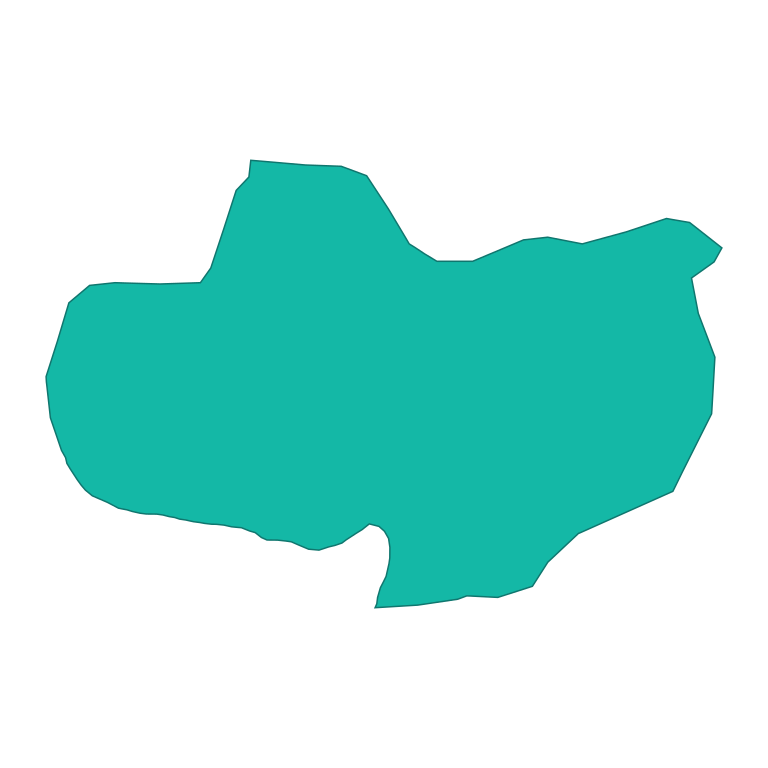 outline of Umu-Nneochi, Abia, Nigeria
{"feature_id": "59680162B46179290363212", "entity_name": "Umu-Nneochi", "entity_type": "district", "adm_level": 2, "iso_a3": "NGA", "parent_name": "Nigeria", "parent_adm1": "Abia", "projection": "natural_earth1", "projection_center": [7.375, 5.963], "detail": "fine", "context": "isolated", "style": "filled", "palette": "teal", "viewbox_px": 768, "rotation_deg": 0, "n_neighbors": 0, "source": "geoboundaries", "source_scale": "gbopen_adm2", "svg_char_len": 1746}
<svg xmlns="http://www.w3.org/2000/svg" viewBox="0 0 768 768"><path d="M250.8,160.3L248.9,177.0L236.2,190.4L223.6,229.4L210.8,268.0L200.4,282.7L197.5,282.8L160.0,284.0L138.4,283.4L124.5,283.0L115.0,282.7L89.6,285.4L68.9,302.8L57.3,341.6L46.1,376.6L46.4,382.0L46.8,385.2L50.4,417.8L55.9,433.9L60.0,446.0L61.5,450.4L65.6,457.7L66.9,463.4L70.3,469.0L77.2,479.6L81.3,485.3L85.4,490.1L92.3,495.8L99.9,499.1L107.5,502.4L112.3,504.9L118.5,508.2L118.8,508.2L121.5,508.8L126.9,509.8L132.4,511.5L140.0,513.2L146.3,514.0L156.7,514.1L163.0,515.0L169.2,516.6L174.7,517.5L179.6,519.1L185.8,520.0L190.7,521.1L193.5,521.7L199.7,522.5L204.6,523.4L211.5,524.2L216.4,524.3L224.0,525.1L231.6,526.8L237.7,527.4L241.4,527.7L249.7,531.0L255.2,532.6L261.4,537.5L267.0,540.0L277.4,540.1L285.7,541.0L291.3,541.8L298.9,545.1L308.6,549.2L319.0,550.1L323.9,548.5L328.7,546.9L335.0,545.4L342.0,543.0L346.2,539.8L351.1,536.6L356.0,533.4L362.3,529.5L364.0,528.1L369.3,523.9L379.0,526.4L384.5,531.3L388.6,538.5L389.9,547.4L389.8,557.9L389.0,563.6L386.1,576.4L383.3,582.1L380.4,587.7L377.6,597.4L376.8,603.8L375.1,607.7L417.8,605.1L457.8,599.2L466.7,595.9L470.3,596.0L497.8,597.4L532.4,586.3L547.8,562.2L578.7,533.2L579.2,533.2L672.9,491.3L682.6,471.5L711.6,413.8L711.8,410.8L711.9,409.9L711.9,409.2L712.9,392.3L714.0,372.9L714.1,370.8L714.4,365.9L714.9,357.2L707.2,336.8L698.3,313.4L691.5,278.0L714.1,261.9L721.9,247.9L689.6,222.5L672.1,219.5L666.5,218.5L626.2,231.9L582.3,243.9L547.7,237.2L523.5,239.9L518.5,242.0L511.9,244.8L473.6,260.9L472.7,261.3L436.9,261.3L432.6,258.7L424.3,253.7L414.7,247.3L409.2,243.9L405.4,237.4L388.5,209.1L380.7,197.2L366.6,175.7L361.7,173.9L341.2,166.3L305.4,165.0L266.2,161.6L250.8,160.3Z" fill="#14b8a6" stroke="#0f766e" stroke-width="1.5"/></svg>